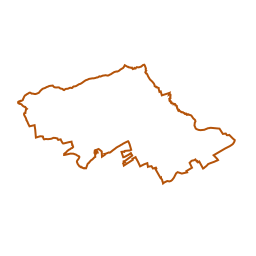 Pancesti, Bacau, Romania (orthographic projection), rotated 257°
{"feature_id": "2599482B36225776128358", "entity_name": "Pancesti", "entity_type": "district", "adm_level": 2, "iso_a3": "ROU", "parent_name": "Romania", "parent_adm1": "Bacau", "projection": "orthographic", "projection_center": [27.113, 46.364], "detail": "fine", "context": "isolated", "style": "outline", "palette": "amber", "viewbox_px": 256, "rotation_deg": 257, "n_neighbors": 0, "source": "geoboundaries", "source_scale": "gbopen_adm2", "svg_char_len": 5821}
<svg xmlns="http://www.w3.org/2000/svg" viewBox="0 0 256 256"><g transform="rotate(257 128 128)"><path d="M92.2,229.3L94.0,227.9L98.5,225.1L98.4,224.1L98.8,222.7L100.6,222.0L100.9,219.1L106.8,217.0L109.5,208.9L109.7,207.7L109.6,207.1L109.8,206.0L109.1,201.9L109.6,198.1L110.3,196.3L111.4,194.7L112.2,193.9L115.4,193.3L118.2,194.3L119.2,195.2L120.5,195.2L121.3,194.8L122.6,193.8L125.9,192.5L126.6,191.6L126.9,190.9L127.7,190.0L127.4,189.4L127.9,189.0L127.7,188.6L127.7,188.3L127.9,188.3L128.3,187.9L128.6,188.1L128.9,188.0L129.0,187.6L128.9,187.4L129.1,187.3L129.1,187.0L129.3,187.1L129.0,186.8L129.4,186.3L129.9,186.2L130.0,185.8L130.6,185.3L130.7,185.1L131.0,185.0L131.1,184.2L131.3,183.7L131.7,183.7L132.1,182.9L133.1,182.3L133.5,181.8L133.9,181.8L133.8,181.4L133.4,181.1L133.7,180.8L134.4,180.9L135.3,180.8L135.7,180.4L136.2,180.6L136.7,180.3L136.9,180.3L137.2,180.4L137.8,180.3L138.3,180.6L139.1,180.0L139.4,179.3L140.0,179.5L140.7,179.3L140.9,178.8L140.9,178.6L141.0,178.7L141.4,177.9L141.1,177.9L141.2,177.6L141.6,177.5L141.7,177.2L142.1,176.9L142.1,176.4L142.6,176.1L142.5,175.8L142.8,175.6L143.5,176.0L143.9,175.5L144.5,175.6L144.8,175.1L145.2,175.1L144.9,174.9L144.9,174.7L146.1,174.6L146.6,175.1L147.2,174.9L147.7,176.1L148.1,175.9L148.6,176.1L148.9,176.1L149.5,176.6L151.0,176.9L151.3,176.7L151.4,176.1L151.2,175.4L152.9,176.4L152.7,174.9L152.2,168.3L156.3,168.1L156.1,166.8L158.7,166.7L160.1,166.9L160.6,166.0L161.4,165.3L161.1,165.1L161.3,164.7L161.8,164.7L162.7,163.4L164.1,163.5L165.5,163.2L167.7,162.1L170.4,160.3L173.8,159.2L176.1,158.8L176.7,158.5L176.8,158.2L177.2,158.2L177.6,157.8L177.6,157.7L178.3,157.4L178.7,157.6L179.5,158.4L179.6,158.2L179.9,158.4L181.1,158.4L181.5,158.5L181.7,158.8L182.3,158.8L185.2,158.4L186.0,158.1L186.0,156.9L184.8,154.5L184.9,154.0L184.7,153.1L184.7,152.0L185.3,150.1L184.7,149.2L184.6,148.8L184.3,148.7L184.3,148.1L185.0,147.7L184.5,146.8L184.3,146.0L185.0,145.6L185.9,145.4L185.9,144.6L186.1,144.5L186.7,143.1L186.7,142.8L187.4,142.1L187.3,141.9L188.3,140.7L189.9,139.0L188.4,137.7L187.6,136.7L187.0,134.9L186.7,133.8L185.9,132.4L185.4,130.5L185.5,129.8L185.7,129.5L185.6,127.2L185.3,126.4L185.0,125.3L184.3,123.6L184.0,121.9L183.6,120.9L183.7,119.8L184.5,118.0L184.5,117.3L184.6,116.1L184.7,115.2L184.3,112.8L184.8,111.7L184.6,111.4L184.1,109.8L184.3,108.9L184.1,107.7L184.1,106.2L184.1,105.7L184.4,104.6L184.6,101.0L184.2,99.4L184.1,97.9L183.7,96.6L182.3,93.3L181.7,91.5L181.7,90.2L180.6,87.0L180.5,85.7L180.7,84.4L180.3,83.4L179.8,83.0L179.6,82.4L179.7,82.0L180.2,80.9L180.2,80.2L179.8,78.2L180.1,76.2L179.8,75.2L179.3,74.3L179.4,74.0L179.7,73.6L180.8,73.0L181.7,71.0L183.1,69.8L183.7,67.0L184.0,66.0L184.4,65.4L184.9,64.9L186.3,64.2L186.3,63.8L186.6,61.6L186.6,60.4L186.3,59.3L186.2,57.9L185.7,56.4L185.4,53.6L184.0,51.1L182.4,49.1L182.0,47.0L181.9,45.5L182.2,44.4L182.4,44.1L183.0,42.8L183.2,41.8L184.3,40.9L184.6,39.9L183.9,38.0L183.6,36.7L183.3,36.4L182.9,35.0L181.9,33.9L180.0,32.5L179.9,32.3L179.0,31.9L178.5,30.6L178.4,29.9L178.7,29.5L178.6,28.9L178.1,28.7L178.1,28.3L178.4,27.8L178.4,27.4L178.3,27.2L177.8,27.2L177.7,26.7L176.8,26.7L175.9,27.8L175.5,28.8L175.1,29.5L173.7,30.2L172.5,31.1L171.7,32.5L171.3,32.5L171.0,32.9L170.3,33.1L169.4,33.8L168.9,32.7L168.3,32.5L166.8,31.7L165.7,31.4L165.8,30.4L165.0,29.8L163.8,29.8L160.3,30.8L158.5,30.8L158.4,31.0L157.5,31.1L156.7,31.4L155.1,31.6L151.8,32.4L151.8,37.6L147.1,37.2L139.4,36.1L139.7,40.6L139.0,42.9L138.8,43.2L137.9,43.1L136.2,43.4L135.8,43.7L135.8,45.4L135.1,47.6L134.8,50.3L134.8,51.2L135.2,53.0L134.7,54.8L133.7,56.9L132.5,57.0L132.1,57.3L132.1,59.8L130.2,60.2L128.3,60.8L127.5,61.3L127.4,62.5L127.5,66.9L127.4,69.9L125.6,69.8L125.2,69.9L124.1,69.8L124.1,70.1L121.9,70.3L121.1,69.2L120.9,67.8L120.4,66.9L120.1,65.5L119.2,63.6L118.2,62.2L117.2,60.0L116.1,59.7L116.0,60.4L116.0,66.1L115.3,68.9L113.7,71.4L112.6,72.4L111.3,74.0L110.8,74.1L110.1,73.8L108.7,72.5L107.7,71.2L107.1,70.8L106.5,70.6L104.3,70.9L101.5,72.1L101.2,72.8L100.7,73.0L100.8,73.4L100.3,73.6L100.2,74.1L99.9,74.1L98.7,75.7L98.7,75.9L98.8,76.1L98.6,76.3L98.7,76.6L98.4,77.0L98.5,77.2L98.2,78.1L102.1,80.6L102.4,80.9L102.6,81.8L103.1,82.2L103.3,82.6L103.6,82.9L103.7,83.2L104.1,83.6L105.0,85.0L105.3,86.1L106.9,88.6L107.2,89.6L110.9,90.2L110.8,90.4L110.2,90.3L110.2,90.6L110.5,90.6L110.4,91.2L111.1,91.3L110.9,92.9L111.8,92.8L111.9,91.7L112.1,90.5L112.0,90.0L113.6,90.6L113.8,91.1L113.8,92.6L114.1,94.0L114.0,94.4L114.1,94.7L111.1,97.1L105.9,96.2L107.1,99.4L107.5,99.6L107.7,100.1L108.0,99.8L108.0,100.9L108.5,103.7L108.1,104.7L108.9,106.7L109.4,107.6L111.0,111.3L111.6,112.4L111.8,113.3L112.1,114.1L112.5,115.8L113.1,117.3L113.2,118.1L113.8,119.6L114.5,122.3L115.1,125.1L114.5,125.4L111.7,125.9L106.0,126.2L105.7,124.9L106.4,119.8L106.3,119.5L105.5,119.0L105.5,118.8L106.0,118.2L106.2,116.3L105.8,116.3L100.6,116.8L100.6,118.2L101.8,122.6L102.9,125.2L102.7,125.3L101.6,125.3L101.1,125.7L100.2,125.9L96.3,117.1L96.6,116.7L96.5,116.2L96.4,116.2L96.1,116.7L95.8,116.6L95.3,117.0L95.3,116.8L95.6,116.6L95.5,116.0L95.3,115.9L95.1,116.0L94.6,115.3L93.9,115.5L92.3,115.5L95.9,125.5L97.0,125.4L97.9,128.8L97.2,128.9L93.0,130.1L87.9,131.2L89.0,135.6L89.4,138.9L85.7,138.7L85.8,139.2L85.5,142.3L82.9,143.2L83.1,146.3L82.1,146.5L81.8,145.5L72.1,148.4L72.3,149.0L71.3,148.8L70.7,149.3L69.5,149.6L68.6,149.5L67.9,149.7L66.1,149.7L66.8,151.2L67.5,154.3L66.6,156.4L66.8,158.0L67.4,159.3L69.2,161.5L73.0,164.7L73.8,166.4L71.5,170.2L71.5,175.6L72.9,175.2L74.9,181.4L80.2,180.2L81.6,182.4L81.8,183.2L81.7,184.8L81.9,185.7L82.2,186.6L80.0,187.4L80.2,188.1L78.8,188.5L79.3,189.9L71.6,192.0L71.8,192.8L72.5,194.0L73.0,195.2L74.0,196.9L74.8,197.9L75.2,200.2L75.7,204.5L76.1,206.3L76.3,207.8L76.5,208.5L77.8,208.0L82.2,205.3L86.2,218.1L87.4,223.0L88.3,225.5L88.9,226.7L90.2,228.1L91.3,228.9L92.2,229.3Z" fill="none" stroke="#b45309" stroke-width="2"/></g></svg>